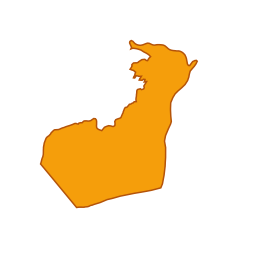 Belém, Brazil, rotated 215°
{"feature_id": "56859067B26519845494345", "entity_name": "Belém", "entity_type": "district", "adm_level": 2, "iso_a3": "BRA", "parent_name": "Brazil", "parent_adm1": "", "projection": "albers", "projection_center": [-48.415, -1.273], "detail": "fine", "context": "isolated", "style": "filled", "palette": "amber", "viewbox_px": 256, "rotation_deg": 215, "n_neighbors": 0, "source": "geoboundaries", "source_scale": "gbopen_adm2", "svg_char_len": 3288}
<svg xmlns="http://www.w3.org/2000/svg" viewBox="0 0 256 256"><g transform="rotate(215 128 128)"><path d="M176.1,200.0L175.5,198.6L171.4,196.1L171.0,194.4L170.1,195.8L169.0,196.6L166.6,197.8L164.4,198.6L162.0,199.3L158.8,199.4L156.0,199.8L154.4,199.9L152.9,199.9L151.8,199.7L150.4,199.4L150.8,197.5L150.8,196.0L150.6,194.4L151.8,193.8L153.6,193.9L154.7,193.0L155.8,192.0L156.5,190.4L157.2,188.6L157.4,187.5L158.4,186.2L159.5,185.5L160.8,184.4L161.1,182.9L161.1,181.8L160.3,181.2L160.0,179.4L160.0,177.3L158.2,177.7L156.5,178.3L153.8,178.1L153.4,176.7L152.7,174.9L152.6,173.2L152.3,172.2L151.2,172.8L151.2,174.5L151.3,175.5L149.9,176.2L148.8,176.5L147.7,177.3L146.7,178.1L146.6,176.6L146.6,175.0L146.3,173.7L145.0,174.5L143.8,175.2L143.3,176.8L141.9,177.5L141.1,175.0L140.3,176.0L139.4,176.7L139.3,175.2L139.2,173.5L139.1,171.5L137.8,170.3L137.6,169.1L138.1,168.2L139.1,167.1L140.4,167.2L141.7,165.7L142.3,164.9L142.1,163.5L140.9,161.6L140.2,160.2L139.5,159.1L139.0,158.1L138.5,157.0L137.6,155.6L136.3,154.4L137.1,153.8L138.0,153.0L138.2,151.5L138.9,150.6L139.5,149.1L140.5,148.2L140.5,146.9L140.7,145.3L140.9,144.2L142.0,143.3L142.0,141.9L141.6,140.4L141.3,138.9L140.8,137.7L140.6,136.3L140.2,134.4L139.8,132.4L140.3,131.4L141.1,130.3L142.0,129.1L142.8,127.7L142.6,125.8L141.1,124.1L140.2,122.5L140.7,121.0L141.9,120.2L143.1,119.9L145.2,118.8L146.6,116.9L147.7,115.1L148.0,110.8L151.0,110.0L152.6,109.9L153.8,110.3L155.0,111.6L155.7,112.8L157.5,115.4L158.5,116.4L160.0,116.9L161.5,116.1L162.3,114.0L162.7,112.8L163.4,111.9L164.2,111.1L165.2,110.5L166.3,109.9L168.0,108.6L168.4,107.4L168.6,106.0L169.8,105.2L171.0,103.9L171.0,102.7L172.1,102.2L173.3,101.9L174.3,101.0L175.0,99.8L175.7,98.7L177.4,96.3L178.2,95.3L179.5,93.6L180.8,91.6L181.8,90.4L182.7,89.0L183.3,87.9L184.0,86.9L185.1,86.0L187.0,84.5L187.5,83.5L187.8,82.1L188.2,79.8L188.0,78.6L188.2,77.3L188.4,76.1L188.9,74.9L189.2,73.7L189.2,72.5L188.6,70.1L188.3,68.9L188.0,67.7L187.1,65.8L186.2,63.8L185.4,62.6L184.6,61.3L183.9,60.3L182.3,57.9L181.8,56.8L181.3,55.6L181.0,54.2L180.6,52.9L179.7,50.6L179.3,49.5L179.0,48.4L164.4,44.4L124.5,33.4L122.8,35.0L118.6,37.9L117.8,38.8L115.8,40.5L115.0,41.6L114.3,43.0L113.0,44.4L112.1,45.8L108.1,50.9L104.0,57.4L100.5,61.3L95.3,67.7L85.4,78.1L80.8,82.6L76.8,86.6L73.1,90.4L66.8,97.8L67.8,102.1L71.4,110.0L75.7,118.0L77.8,121.3L80.3,125.4L86.0,133.6L87.7,135.3L90.6,138.2L92.9,143.3L94.5,150.6L95.4,155.7L96.2,158.1L99.8,162.3L103.5,167.1L104.6,168.7L107.5,173.2L108.7,178.6L109.0,183.0L108.3,187.0L107.1,191.7L106.2,196.3L106.4,201.0L107.4,204.6L108.2,206.3L108.9,208.0L109.7,210.3L109.3,214.6L109.1,216.5L109.1,219.6L109.6,222.4L110.8,222.6L111.9,221.6L113.1,219.5L113.2,217.7L113.3,214.5L114.4,213.9L116.0,214.5L119.1,217.5L120.0,218.4L121.2,219.3L122.4,220.0L123.5,220.6L125.1,220.9L126.4,221.1L127.8,221.0L129.1,220.8L130.5,220.3L132.4,219.0L133.6,218.4L134.6,217.8L135.9,217.1L137.3,216.5L138.8,216.1L140.2,216.0L142.6,216.3L143.7,216.4L145.0,216.5L146.5,216.2L147.6,215.7L149.2,214.8L150.5,214.0L152.1,212.8L153.8,211.1L154.9,210.5L156.1,210.1L157.7,209.8L159.3,209.5L160.8,208.6L161.7,207.4L163.5,204.7L164.4,203.7L165.2,202.9L166.2,202.3L167.3,201.8L168.4,201.4L169.8,201.2L171.1,201.2L173.8,201.8L175.5,201.5L176.1,200.0Z" fill="#f59e0b" stroke="#b45309" stroke-width="1.5"/></g></svg>